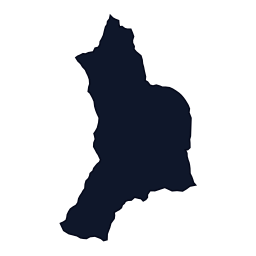 outline of Vera Cruz, São Paulo, Brazil
{"feature_id": "56859067B10752098024653", "entity_name": "Vera Cruz", "entity_type": "district", "adm_level": 2, "iso_a3": "BRA", "parent_name": "Brazil", "parent_adm1": "São Paulo", "projection": "mercator", "projection_center": [-49.836, -22.226], "detail": "fine", "context": "isolated", "style": "filled", "palette": "ink", "viewbox_px": 256, "rotation_deg": 0, "n_neighbors": 0, "source": "geoboundaries", "source_scale": "gbopen_adm2", "svg_char_len": 2181}
<svg xmlns="http://www.w3.org/2000/svg" viewBox="0 0 256 256"><path d="M110.3,15.4L109.6,18.9L107.6,21.4L107.2,24.5L105.6,26.8L104.7,30.2L103.5,35.3L101.8,38.9L100.2,41.6L99.9,44.6L98.3,47.3L95.1,48.1L93.3,51.9L88.5,52.7L85.5,54.0L83.0,53.7L80.1,55.2L77.7,56.2L75.8,57.6L78.1,61.2L80.7,63.6L82.6,66.7L85.4,69.7L86.8,72.9L88.2,75.7L89.5,79.5L89.8,84.0L88.8,87.0L88.2,91.5L90.0,93.0L91.3,95.3L92.7,97.9L94.2,101.4L94.8,106.4L95.9,110.2L97.1,113.3L99.2,117.8L98.8,122.5L97.4,128.0L95.5,131.4L94.0,133.5L94.7,136.0L95.3,139.2L93.9,142.8L93.7,146.7L95.7,150.3L96.8,152.5L98.3,154.7L99.5,157.4L100.6,159.7L99.5,162.2L97.3,164.0L95.7,165.9L93.8,168.3L93.0,170.9L90.2,173.4L89.7,175.9L88.6,178.4L86.1,180.9L85.2,184.2L84.9,188.6L83.2,190.8L81.8,193.4L80.1,195.9L78.7,198.6L77.9,202.7L76.0,205.4L73.3,206.9L70.4,209.0L68.7,211.7L67.3,214.7L66.9,217.7L66.1,220.3L63.2,222.2L60.4,223.4L62.0,226.9L63.7,230.5L66.3,232.1L68.9,233.7L72.9,234.7L77.1,235.8L80.5,237.8L83.6,238.3L86.5,238.5L90.0,236.6L95.0,236.1L98.4,237.4L101.1,238.5L103.6,240.6L107.0,239.7L107.2,234.0L108.3,230.9L109.6,227.6L110.8,223.1L114.1,218.6L114.5,215.5L114.2,212.4L117.0,210.7L119.1,209.6L121.4,207.7L122.3,204.9L124.2,203.4L125.4,201.3L127.9,200.3L131.3,200.1L134.6,197.2L138.3,198.1L141.2,198.7L143.2,200.9L145.7,199.5L147.4,197.4L147.4,194.5L150.1,190.6L154.9,190.7L160.9,188.7L164.8,187.4L168.3,189.0L172.1,190.8L177.1,190.4L182.6,191.0L186.4,188.7L189.9,186.1L195.6,185.0L193.5,182.6L192.8,180.1L191.7,177.0L190.0,173.5L189.8,168.3L189.4,165.1L188.9,162.6L188.0,160.2L187.0,156.4L186.9,153.2L185.3,149.9L187.8,149.6L189.9,147.6L189.8,142.8L189.5,139.3L190.4,136.2L191.0,118.0L189.8,114.9L188.9,112.6L189.4,108.7L188.0,105.2L185.2,100.5L183.4,98.0L181.2,95.4L178.9,93.3L176.1,91.3L172.6,89.1L169.5,87.7L165.5,87.2L162.2,87.2L159.7,86.1L156.3,85.1L153.0,86.0L150.0,85.2L147.6,82.0L145.1,80.5L145.5,76.6L144.2,71.0L143.4,66.8L142.5,63.7L142.1,59.8L140.9,55.8L138.4,53.7L136.2,51.9L133.9,49.2L134.2,46.3L132.5,43.0L132.4,40.2L133.6,36.5L132.3,32.8L130.8,29.2L127.2,29.2L124.8,28.6L122.0,26.5L119.6,26.9L118.9,24.2L118.6,20.6L115.2,19.3L112.7,17.9L110.3,15.4Z" fill="#0f172a" stroke="#020617" stroke-width="1.5"/></svg>